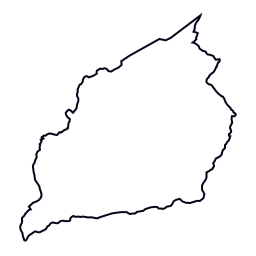 outline of Banita, Hunedoara, Romania
{"feature_id": "2599482B47151005548823", "entity_name": "Banita", "entity_type": "district", "adm_level": 2, "iso_a3": "ROU", "parent_name": "Romania", "parent_adm1": "Hunedoara", "projection": "mercator", "projection_center": [23.267, 45.473], "detail": "fine", "context": "isolated", "style": "outline", "palette": "ink", "viewbox_px": 256, "rotation_deg": 0, "n_neighbors": 0, "source": "geoboundaries", "source_scale": "gbopen_adm2", "svg_char_len": 5746}
<svg xmlns="http://www.w3.org/2000/svg" viewBox="0 0 256 256"><path d="M130.9,213.8L135.5,213.3L136.8,211.9L143.2,210.8L145.4,209.1L150.5,207.4L155.2,206.8L157.3,207.1L158.7,208.5L160.0,208.5L163.6,208.8L165.0,208.1L167.0,206.6L170.6,206.0L171.8,204.7L173.9,201.0L176.7,199.6L179.7,198.9L182.6,201.5L185.7,202.7L190.2,203.0L197.2,200.8L199.9,201.0L203.3,198.3L204.4,194.3L203.6,192.5L202.6,190.9L202.1,189.6L202.0,188.5L202.0,186.8L202.2,185.1L203.2,183.1L205.7,179.6L206.5,177.5L206.5,175.9L206.5,172.4L208.9,171.2L209.1,171.1L210.9,169.6L211.8,169.4L212.2,169.3L212.5,168.9L212.7,168.7L212.8,168.1L213.3,167.2L213.8,166.7L214.0,166.3L214.0,165.4L213.3,163.4L213.3,162.9L214.5,161.4L215.1,160.1L215.6,158.9L215.9,158.6L216.2,158.3L217.1,158.0L217.7,157.4L218.5,157.3L218.9,156.9L219.3,156.9L219.7,156.7L220.1,156.2L220.5,155.7L221.1,155.2L221.4,155.0L221.5,154.7L221.6,153.9L222.0,153.3L222.0,152.7L222.1,152.3L222.4,151.7L222.5,151.1L223.0,150.0L223.3,149.6L223.8,149.2L224.3,149.0L224.7,148.4L225.0,147.5L225.0,145.2L225.2,144.7L226.2,143.9L226.4,143.6L226.9,142.5L227.3,141.9L228.7,140.6L228.8,140.3L229.0,139.7L229.6,138.7L229.8,137.6L230.3,136.3L229.2,136.1L229.1,135.5L228.8,135.0L228.8,134.6L229.0,134.1L229.6,133.8L230.2,133.1L230.6,132.4L231.0,132.1L231.2,131.2L231.2,130.9L230.7,130.0L230.7,129.4L229.9,127.9L230.5,126.0L230.7,125.4L231.3,124.4L231.9,123.4L232.2,122.8L231.9,121.2L231.8,120.1L231.5,118.9L231.7,117.8L232.0,116.1L233.3,116.1L234.5,116.3L235.5,115.2L235.8,114.3L234.6,112.9L234.0,112.8L233.5,112.4L233.2,111.2L232.4,110.3L231.2,109.7L231.1,109.4L230.9,109.0L230.7,108.6L230.1,107.5L229.6,107.1L228.7,106.3L228.5,106.1L228.3,105.9L227.9,105.4L227.3,104.8L226.5,103.6L225.8,102.6L224.9,100.6L224.7,100.0L224.4,99.3L224.3,98.6L224.1,98.3L223.8,98.0L223.0,96.7L222.6,96.5L222.1,96.4L221.6,96.2L220.9,95.7L219.0,94.2L218.2,93.7L217.9,93.1L217.4,92.6L216.9,92.0L216.2,91.5L215.9,91.2L215.5,90.4L215.4,90.1L215.2,89.8L214.4,89.1L213.8,88.2L212.9,87.0L212.1,85.7L211.8,85.4L210.7,84.8L210.2,84.6L208.9,84.2L208.4,83.9L207.8,83.5L207.2,83.0L206.9,82.7L206.4,81.6L206.5,80.5L207.0,79.0L207.4,78.5L207.8,78.0L208.2,77.8L208.6,77.5L208.8,77.2L209.0,76.2L209.5,75.6L210.1,74.9L211.4,73.7L211.9,73.3L213.0,72.6L213.2,72.3L213.7,71.8L214.4,70.8L214.8,70.0L215.3,69.1L215.7,68.2L216.2,66.9L216.6,66.8L216.7,66.4L216.8,66.1L217.0,66.0L217.1,65.2L217.4,64.5L217.6,63.9L218.0,62.5L218.6,62.3L219.0,62.1L219.1,61.6L219.3,61.3L219.7,61.0L219.8,60.3L219.8,59.6L219.6,59.2L219.2,59.2L217.5,59.5L215.8,59.7L215.4,59.2L214.6,58.1L214.2,57.6L213.8,57.0L213.5,56.1L211.5,55.2L210.9,55.2L209.5,54.7L207.4,54.4L206.6,53.5L206.1,52.4L205.7,51.6L203.7,51.1L202.4,50.7L202.0,50.1L200.7,49.5L200.0,49.0L199.4,48.2L198.5,45.9L197.3,44.9L194.6,43.0L192.7,42.6L194.1,41.5L196.4,39.2L196.0,38.2L197.8,33.2L197.3,32.8L193.5,31.7L194.5,29.7L194.8,27.4L194.9,25.6L195.9,23.3L196.5,22.1L197.8,20.6L198.5,19.6L199.7,17.3L200.4,15.4L170.5,38.0L165.7,40.3L159.4,39.0L129.8,55.5L121.3,61.2L121.6,64.9L118.4,67.6L113.9,69.8L111.4,71.5L108.6,71.2L106.8,69.1L104.7,68.2L102.2,69.0L100.0,68.7L98.9,69.4L97.0,70.6L96.6,71.8L96.7,73.7L93.0,76.0L88.5,77.4L87.9,76.6L86.6,76.1L84.5,76.9L83.0,79.5L82.6,82.0L81.2,84.1L79.6,84.8L77.6,89.5L77.8,91.5L77.4,93.0L76.9,94.3L77.1,95.1L77.3,96.5L77.8,97.6L78.2,98.1L78.3,99.1L78.4,100.5L77.8,102.6L77.0,104.8L76.8,106.4L76.8,107.0L76.5,108.2L76.1,108.8L75.2,110.1L74.7,110.7L74.4,110.8L74.2,111.2L73.8,111.6L73.6,111.9L73.5,112.4L72.9,112.8L70.8,110.6L68.8,109.6L67.7,110.6L66.7,111.6L65.8,112.7L65.9,113.1L65.8,113.6L65.8,114.0L66.5,115.5L67.3,116.8L68.3,117.9L69.1,118.3L69.9,119.3L69.7,120.9L68.7,122.7L68.4,123.8L68.1,127.2L67.6,127.7L67.9,128.2L66.5,129.4L65.8,129.5L65.2,129.6L64.6,130.0L64.1,130.4L63.0,131.0L62.8,131.3L62.1,131.9L61.9,132.1L61.6,132.2L61.1,132.2L60.8,132.5L60.5,132.6L60.2,132.2L59.7,132.2L59.2,132.4L57.5,134.6L56.9,135.0L55.5,134.8L55.1,134.7L54.2,134.4L53.7,134.5L52.7,134.0L51.4,133.9L50.6,133.5L48.7,133.6L48.4,133.9L46.9,134.5L46.2,135.3L45.8,135.5L45.2,135.7L44.1,135.5L41.8,137.2L43.4,138.5L42.6,139.0L41.7,139.0L40.8,139.6L41.6,140.5L41.0,142.3L39.7,144.3L40.2,144.7L39.6,147.2L39.8,148.7L40.0,149.8L38.2,151.0L37.1,152.2L36.3,154.6L36.7,157.4L35.3,160.0L34.6,162.5L33.3,164.7L32.9,166.5L33.1,167.8L33.3,168.8L33.4,170.7L34.1,174.1L34.5,175.1L34.6,177.4L35.3,180.3L37.1,182.9L38.1,184.4L39.3,186.2L39.7,188.3L41.5,193.9L41.2,197.2L39.2,199.8L36.6,201.4L32.8,202.9L31.6,204.2L28.9,206.5L30.7,209.4L29.6,209.7L29.0,210.0L28.1,210.7L26.4,212.7L25.4,213.6L25.0,214.3L24.7,215.0L23.5,216.6L22.8,217.1L22.3,217.6L22.0,218.1L21.9,218.6L22.1,220.1L22.1,221.3L22.0,222.1L21.9,222.7L21.3,224.0L20.7,224.9L20.4,226.1L20.2,227.2L20.3,228.3L20.5,229.1L20.7,229.7L21.0,230.5L21.5,231.5L22.2,232.7L22.5,233.4L22.6,234.1L22.7,235.1L22.9,236.1L24.3,240.2L24.6,240.4L25.5,240.6L26.0,240.2L26.4,239.7L27.0,238.8L27.4,237.8L28.5,236.0L30.0,234.7L32.0,233.5L32.5,233.1L33.2,232.6L34.3,231.8L34.8,231.6L35.8,231.4L36.2,231.6L37.1,232.0L37.6,232.2L39.5,232.3L40.7,231.8L42.7,230.8L45.7,229.3L46.6,227.9L47.6,226.2L48.3,226.0L48.8,225.7L49.2,225.4L49.5,224.9L50.0,224.2L50.6,223.5L51.1,223.1L51.9,222.7L52.6,222.5L53.1,222.5L55.1,223.0L57.1,223.2L58.0,223.2L58.3,223.0L59.1,222.2L59.7,221.7L60.1,221.4L61.1,221.0L61.8,220.8L62.9,220.8L64.0,220.8L64.7,220.9L65.2,221.1L65.7,221.2L67.0,221.1L68.0,221.1L68.7,221.0L69.3,221.0L69.6,220.9L70.1,220.4L70.3,219.9L70.2,218.9L70.6,217.9L72.9,216.1L74.3,216.2L75.1,216.9L78.2,216.6L80.5,216.9L83.4,216.6L87.9,217.4L91.8,217.3L96.3,218.3L98.0,218.1L99.3,217.4L111.7,213.5L115.8,212.8L120.6,212.2L124.3,212.1L124.7,212.1L126.1,212.1L126.8,212.2L127.3,212.5L127.7,212.7L128.2,213.2L128.8,213.3L129.7,214.0L130.2,214.0L130.9,213.8Z" fill="none" stroke="#020617" stroke-width="2"/></svg>